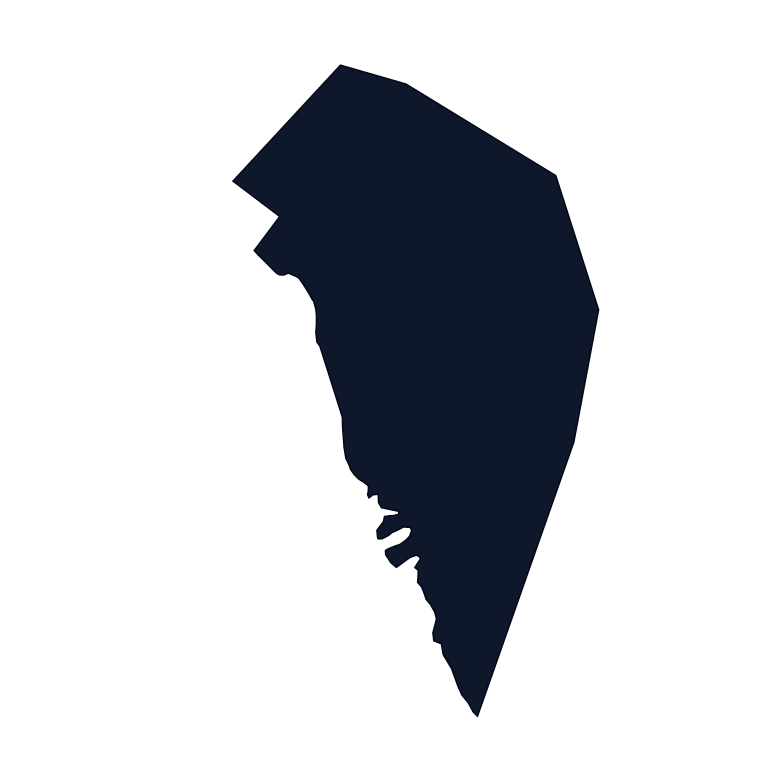 Zemam Out, Qina, Egypt, rotated 285°
{"feature_id": "37247803B68668933434677", "entity_name": "Zemam Out", "entity_type": "district", "adm_level": 2, "iso_a3": "EGY", "parent_name": "Egypt", "parent_adm1": "Qina", "projection": "robinson", "projection_center": [32.613, 25.633], "detail": "fine", "context": "isolated", "style": "filled", "palette": "ink", "viewbox_px": 768, "rotation_deg": 285, "n_neighbors": 0, "source": "geoboundaries", "source_scale": "gbopen_adm2", "svg_char_len": 1523}
<svg xmlns="http://www.w3.org/2000/svg" viewBox="0 0 768 768"><g transform="rotate(285 384 384)"><path d="M407.3,308.3L403.9,312.3L362.0,339.1L340.9,352.5L332.1,355.0L312.0,362.0L302.4,366.4L296.4,371.5L293.0,373.7L292.1,374.7L288.8,378.7L285.5,384.6L284.0,389.4L281.6,395.3L276.4,396.6L272.8,396.8L271.9,397.5L270.2,398.9L272.1,400.6L273.9,401.5L276.0,407.0L268.1,409.4L263.9,413.5L264.5,424.9L264.9,431.5L262.2,431.6L261.3,430.8L259.3,427.1L258.2,423.4L257.2,421.5L256.1,418.8L250.8,419.1L249.0,418.3L240.8,415.0L239.0,415.7L234.6,417.3L232.9,418.4L234.0,422.1L238.8,427.5L242.5,430.1L245.3,433.7L251.0,440.0L252.3,446.5L249.7,448.6L247.4,448.4L243.5,448.1L238.8,445.5L233.3,441.1L230.3,436.6L225.5,430.3L223.6,428.5L221.3,429.2L220.7,429.4L219.5,429.8L214.1,435.9L213.3,436.7L212.7,437.9L210.1,443.4L223.3,454.1L227.1,459.6L226.4,462.5L224.7,464.5L222.6,463.8L214.7,461.3L214.3,462.3L213.1,465.2L207.9,466.5L201.1,467.8L197.8,472.8L191.6,477.4L186.9,480.4L183.5,485.4L176.9,492.0L170.7,495.5L163.1,495.6L156.4,495.6L148.8,498.6L147.9,506.7L137.9,511.3L126.5,523.0L111.3,533.6L103.8,539.7L97.6,548.2L90.4,555.0L87.4,560.1L87.3,560.3L377.0,582.4L511.2,572.1L629.7,496.0L679.4,327.6L680.7,259.4L540.9,185.6L518.8,239.9L479.3,224.1L476.2,228.9L472.9,234.8L463.2,251.5L462.4,255.4L463.5,259.2L466.4,262.8L465.1,271.4L464.3,274.3L459.3,280.3L451.7,288.4L447.5,292.4L445.8,294.5L438.9,298.7L432.8,301.0L424.4,303.2L423.1,303.5L416.0,304.9L407.3,308.3L407.3,308.3Z" fill="#0f172a" stroke="#020617" stroke-width="1.5"/></g></svg>